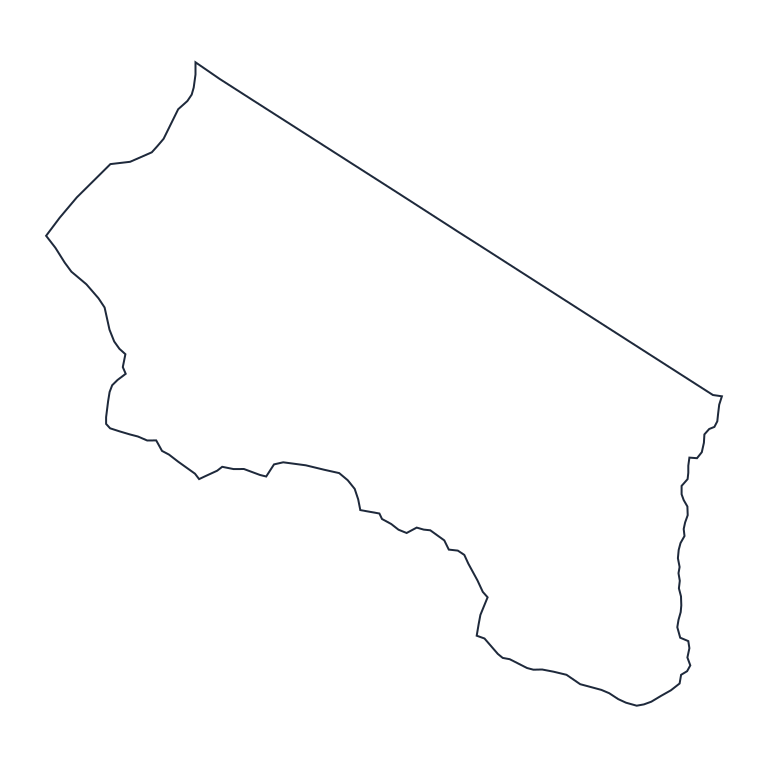 the district of Delmiro Gouveia, Alagoas, Brazil
{"feature_id": "56859067B13421940338218", "entity_name": "Delmiro Gouveia", "entity_type": "district", "adm_level": 2, "iso_a3": "BRA", "parent_name": "Brazil", "parent_adm1": "Alagoas", "projection": "natural_earth1", "projection_center": [-38.034, -9.399], "detail": "fine", "context": "isolated", "style": "outline", "palette": "slate", "viewbox_px": 768, "rotation_deg": 0, "n_neighbors": 0, "source": "geoboundaries", "source_scale": "gbopen_adm2", "svg_char_len": 1889}
<svg xmlns="http://www.w3.org/2000/svg" viewBox="0 0 768 768"><path d="M46.1,235.8L55.4,247.8L64.7,262.6L71.4,271.7L86.4,284.3L98.5,298.3L104.6,307.5L109.5,329.7L114.2,341.5L119.4,348.8L125.4,354.2L122.8,367.1L125.7,373.8L117.6,379.9L112.2,385.2L109.6,392.0L108.1,401.3L106.1,417.2L106.1,423.9L110.1,428.3L119.7,431.4L129.8,434.4L137.9,436.5L147.2,440.5L156.2,440.4L162.0,450.9L169.0,454.6L178.2,461.7L195.0,473.7L199.1,479.1L204.6,476.5L217.2,470.7L222.2,466.8L233.7,469.1L243.9,469.0L260.1,475.0L266.2,476.5L274.0,464.4L283.2,462.3L305.8,465.3L324.4,469.8L339.2,473.1L347.7,480.2L354.7,488.9L358.2,499.4L360.3,510.1L379.4,513.5L382.0,519.0L391.2,524.0L398.5,529.7L406.6,533.0L416.7,527.6L423.7,529.6L430.3,530.3L444.3,540.4L448.8,549.6L457.8,550.6L464.3,554.9L468.3,563.6L477.5,580.5L482.8,591.9L487.6,597.3L480.4,614.9L478.7,623.9L476.7,635.7L484.5,638.5L497.8,653.9L502.7,657.9L509.7,659.2L527.0,668.0L533.4,669.7L542.1,669.5L553.6,671.7L566.5,674.8L580.2,684.2L588.1,686.3L601.4,689.9L609.2,693.2L618.2,699.1L626.0,702.7L636.7,705.7L643.9,704.4L651.3,701.7L660.8,696.0L670.9,690.3L679.6,683.5L681.1,674.8L687.1,671.2L690.3,665.4L687.4,657.5L689.4,648.2L688.3,641.1L680.2,637.7L677.3,627.2L678.5,619.9L680.7,612.1L681.3,605.4L681.0,596.4L678.9,588.3L679.8,580.8L678.5,573.2L679.6,567.0L677.9,558.2L678.7,549.9L680.5,543.1L684.5,536.0L683.7,529.0L685.1,522.5L687.7,515.2L687.4,506.5L683.7,500.1L681.6,494.3L681.6,485.9L687.6,479.1L688.3,472.8L688.3,465.7L689.4,457.6L697.0,458.2L701.8,452.2L703.9,442.8L704.4,434.4L709.2,429.0L714.4,426.9L717.3,421.3L718.1,413.8L719.2,404.7L721.9,396.3L712.9,395.0L606.6,326.9L483.9,248.2L457.5,231.4L402.6,196.0L252.5,100.0L219.6,78.9L195.5,62.3L195.5,74.5L193.7,87.6L191.7,94.6L187.4,101.0L178.2,109.2L163.6,138.8L157.3,146.2L151.8,152.3L130.1,161.8L110.4,164.1L76.8,197.4L59.7,217.7L46.1,235.8Z" fill="none" stroke="#1e293b" stroke-width="2"/></svg>